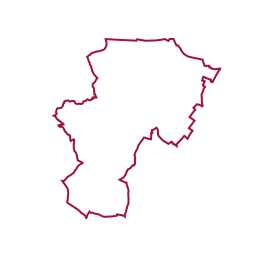 Iclod, Cluj, Romania (Natural Earth projection), rotated 194°
{"feature_id": "2599482B98447640096119", "entity_name": "Iclod", "entity_type": "district", "adm_level": 2, "iso_a3": "ROU", "parent_name": "Romania", "parent_adm1": "Cluj", "projection": "natural_earth1", "projection_center": [23.813, 47.003], "detail": "fine", "context": "isolated", "style": "outline", "palette": "rose", "viewbox_px": 256, "rotation_deg": 194, "n_neighbors": 0, "source": "geoboundaries", "source_scale": "gbopen_adm2", "svg_char_len": 5788}
<svg xmlns="http://www.w3.org/2000/svg" viewBox="0 0 256 256"><g transform="rotate(194 128 128)"><path d="M171.2,208.8L170.0,206.6L169.7,206.2L169.0,203.9L169.0,202.9L169.3,200.4L169.7,199.3L170.1,198.6L171.0,197.8L174.7,195.4L177.3,194.5L178.1,194.0L178.7,193.4L179.7,192.8L181.2,192.1L181.7,191.6L182.1,190.5L182.4,190.1L182.7,189.6L183.8,188.7L184.4,187.4L184.8,187.2L182.4,183.7L182.1,183.1L180.9,181.9L180.7,180.9L180.3,180.2L179.2,179.5L178.7,179.0L178.4,178.5L178.3,177.5L177.3,176.5L177.0,176.0L176.8,175.4L176.6,174.8L175.5,173.6L175.2,173.1L173.8,171.6L171.9,170.5L171.4,170.0L171.2,169.8L169.8,169.0L170.4,167.8L171.2,164.8L171.7,163.9L172.2,163.3L172.8,162.1L172.9,161.7L172.8,161.2L172.3,159.9L171.9,159.3L171.3,158.9L170.9,158.5L170.2,157.1L170.1,156.5L169.7,155.9L169.7,155.4L169.3,154.8L169.3,153.9L169.0,152.8L168.8,152.5L168.2,152.7L166.1,149.9L168.7,149.4L168.9,149.3L168.9,149.0L168.7,148.3L168.8,148.0L169.1,147.9L169.4,148.2L169.6,148.8L170.0,148.2L169.8,147.5L170.3,146.9L170.5,146.8L170.8,146.5L170.9,146.2L171.2,145.9L171.3,145.7L172.4,145.5L174.0,146.0L174.7,145.8L174.9,145.6L175.1,144.7L175.2,144.4L175.7,144.0L176.8,143.6L177.4,143.1L177.9,142.4L177.9,142.1L177.9,141.1L178.1,140.8L178.4,140.4L179.4,139.9L180.1,139.8L181.6,139.7L183.1,139.0L184.2,139.0L184.7,139.2L185.7,139.8L186.3,140.5L186.4,140.9L186.5,141.1L186.8,141.1L188.5,140.8L189.2,140.5L190.4,139.7L190.9,139.6L191.4,139.7L192.1,140.1L192.3,140.2L193.5,140.0L194.7,139.4L195.1,138.9L195.9,138.7L196.1,138.6L196.3,138.2L196.2,137.7L196.0,137.2L196.0,136.7L196.7,136.0L196.7,135.6L196.6,135.1L196.5,134.4L196.6,133.6L197.1,132.5L197.7,131.5L198.1,131.2L199.6,130.5L201.2,130.1L201.5,129.8L201.6,129.1L201.7,128.3L201.6,127.6L201.7,126.8L201.7,125.8L201.3,125.4L200.6,124.8L200.6,124.6L200.8,124.0L201.6,123.1L202.9,122.0L202.2,121.9L201.5,121.6L201.4,121.4L200.6,121.1L200.2,120.7L199.6,120.0L199.4,119.8L195.9,118.2L196.1,118.1L195.2,117.8L191.7,116.3L191.4,115.8L194.5,114.8L195.2,114.3L196.1,113.7L194.3,112.6L193.7,113.0L193.2,113.2L192.0,113.2L191.2,112.8L190.6,112.3L188.1,109.2L187.3,109.0L185.9,107.9L185.3,107.6L185.3,107.4L185.1,107.3L184.8,107.3L184.0,106.9L182.8,106.9L182.2,105.9L182.2,105.5L181.7,104.7L181.3,103.2L181.0,102.7L180.9,102.2L180.4,101.6L177.8,103.9L177.4,103.5L177.2,102.9L177.0,101.9L176.8,99.9L176.5,98.6L176.5,97.8L176.1,96.7L175.7,95.8L175.6,95.0L175.3,94.4L174.4,92.7L172.9,91.7L172.3,91.1L171.6,90.1L170.9,88.5L168.9,84.5L168.3,84.4L164.1,83.4L163.6,83.1L166.9,79.7L167.3,79.1L168.4,75.4L169.3,73.7L169.4,72.7L169.5,72.4L169.8,71.6L170.3,70.8L172.4,68.4L174.6,66.1L175.4,64.9L175.8,63.9L177.1,61.7L177.2,61.3L179.1,60.8L175.9,58.2L172.3,55.0L171.3,53.3L171.0,52.4L170.4,51.2L170.3,50.8L170.0,48.5L169.6,46.0L169.1,43.8L169.2,43.5L169.2,42.1L168.9,41.0L168.8,40.9L168.4,40.8L167.5,40.4L157.2,36.8L154.8,35.6L152.8,34.3L150.5,33.6L148.7,32.7L147.9,32.1L147.0,30.6L146.8,30.6L146.6,30.6L146.5,30.9L146.5,32.6L146.4,34.1L145.1,37.4L144.7,36.8L144.4,36.7L143.3,36.9L142.8,37.1L141.6,37.1L139.2,36.9L135.7,37.1L131.1,36.1L129.9,36.1L129.0,36.3L123.8,37.8L121.9,38.4L120.7,39.0L119.5,39.3L117.7,40.3L117.7,41.2L117.6,41.7L116.1,41.6L112.6,42.0L111.4,41.7L110.5,41.7L109.6,41.3L109.9,42.2L110.0,43.4L110.0,44.4L109.8,45.4L109.7,48.0L109.8,48.8L109.7,52.1L109.4,54.2L109.4,55.7L109.8,56.6L110.1,58.6L110.4,59.6L111.0,61.2L111.1,61.7L111.4,63.0L112.0,64.7L112.2,66.9L112.5,67.7L114.0,70.5L115.3,72.2L116.3,74.8L116.8,74.7L117.5,74.4L119.4,74.9L121.9,75.3L123.7,75.8L123.3,76.2L122.5,76.6L122.0,77.3L120.8,78.5L120.4,79.1L119.4,81.2L119.2,81.9L119.2,82.5L118.9,83.1L118.5,86.4L118.2,87.6L116.1,89.5L114.9,91.9L114.2,93.1L113.9,93.3L113.4,93.0L113.1,93.3L112.7,94.2L112.6,94.9L112.7,95.6L112.9,96.8L113.3,97.7L113.6,99.1L113.6,100.3L114.4,101.9L115.2,103.5L115.1,104.2L115.0,104.8L114.9,106.6L113.9,110.4L113.7,113.6L112.9,115.7L112.5,117.0L112.0,118.4L111.8,118.5L110.1,122.7L106.1,122.4L103.1,122.6L103.2,123.6L103.5,126.0L104.1,127.7L103.8,128.0L103.7,128.4L103.8,128.4L104.2,128.4L104.4,129.0L103.2,129.4L104.4,131.6L103.3,132.1L102.8,132.7L102.0,133.5L100.4,135.2L99.1,134.0L98.4,132.9L97.9,131.4L97.8,130.8L97.7,130.2L97.3,128.9L97.0,128.5L96.3,127.6L95.6,127.2L91.1,124.3L86.7,123.0L85.0,122.3L82.5,125.2L82.0,125.1L81.6,124.9L81.4,124.7L81.3,124.1L80.8,123.7L80.2,123.7L80.0,123.3L79.2,123.5L79.0,123.3L78.5,123.3L76.9,122.3L76.3,122.2L76.4,122.4L77.2,122.8L76.9,123.3L76.8,124.0L74.4,128.5L72.8,131.3L71.5,134.0L68.4,132.3L67.6,131.9L66.7,135.9L66.3,136.8L66.0,137.8L64.7,141.0L66.2,141.4L67.3,142.0L68.9,142.6L65.2,151.2L67.2,152.0L68.6,152.7L70.9,153.4L69.2,157.7L67.2,162.1L68.5,162.8L69.4,163.5L67.7,166.2L66.9,167.7L65.6,167.8L65.0,167.6L64.4,167.8L62.4,167.4L61.4,166.9L61.2,167.2L60.9,167.7L61.8,168.9L62.2,170.0L63.1,172.8L63.3,173.7L63.4,174.2L63.9,175.7L63.9,175.8L64.1,176.2L64.6,177.4L64.6,177.6L64.6,177.9L64.6,178.7L64.1,181.7L64.0,181.9L64.0,182.1L64.1,182.3L64.2,183.6L63.8,185.0L63.1,186.5L64.3,187.0L65.7,187.5L64.8,191.9L65.0,192.0L67.5,192.0L67.3,195.9L66.3,196.0L65.0,195.4L63.9,195.4L62.5,195.2L61.3,195.1L60.6,194.9L59.3,195.1L59.0,194.6L59.2,193.9L59.2,193.7L59.0,193.3L58.5,193.0L57.6,193.1L57.1,192.9L55.8,198.3L55.7,198.8L54.5,203.1L53.6,206.0L53.1,207.0L53.4,207.1L53.2,207.8L55.5,207.1L57.5,206.1L58.9,205.9L62.2,206.0L62.1,206.6L64.2,206.9L64.3,208.0L68.7,206.8L69.2,207.7L70.9,210.1L72.2,212.5L74.0,212.2L75.2,212.3L83.1,211.9L85.2,211.9L86.8,211.9L89.2,212.5L92.0,213.6L92.4,213.8L95.3,216.3L95.9,217.2L96.5,217.9L98.0,218.9L99.5,220.3L100.3,220.1L100.9,219.8L103.3,222.7L105.4,225.4L109.0,224.6L109.9,222.2L113.7,223.2L117.7,221.4L122.9,219.5L132.1,216.9L135.3,216.6L136.1,216.7L137.5,216.3L140.3,216.5L140.6,216.3L140.9,215.7L141.0,215.1L140.9,214.8L141.2,214.7L171.2,208.8Z" fill="none" stroke="#9f1239" stroke-width="2"/></g></svg>